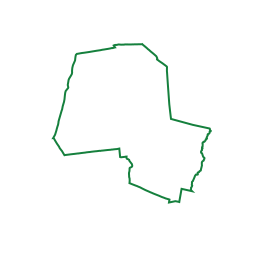 Slobozia Moara, Dâmbovita, Romania (Albers equal-area conic projection), rotated 57°
{"feature_id": "2599482B79511896653276", "entity_name": "Slobozia Moara", "entity_type": "district", "adm_level": 2, "iso_a3": "ROU", "parent_name": "Romania", "parent_adm1": "Dâmbovita", "projection": "albers", "projection_center": [25.731, 44.595], "detail": "fine", "context": "isolated", "style": "outline", "palette": "green", "viewbox_px": 256, "rotation_deg": 57, "n_neighbors": 0, "source": "geoboundaries", "source_scale": "gbopen_adm2", "svg_char_len": 4941}
<svg xmlns="http://www.w3.org/2000/svg" viewBox="0 0 256 256"><g transform="rotate(57 128 128)"><path d="M95.7,196.2L95.8,196.0L96.3,195.8L97.3,195.9L99.3,196.0L102.4,196.1L106.1,196.0L107.3,196.2L108.3,196.2L109.4,196.1L110.8,196.0L111.4,195.9L112.8,196.0L115.7,196.1L116.2,196.1L116.3,195.8L116.4,195.5L118.2,191.8L118.3,191.6L118.8,190.5L119.1,189.9L120.7,186.7L122.0,184.0L122.3,183.5L122.3,183.4L122.5,183.1L123.0,182.0L123.9,180.1L125.1,177.7L125.3,177.3L125.8,176.1L125.9,175.9L127.0,173.7L127.2,173.4L128.1,171.4L128.5,170.6L128.9,169.8L129.9,167.8L130.5,166.7L131.1,165.4L131.7,164.2L132.2,163.5L132.3,163.2L132.4,162.9L133.2,161.4L133.8,160.2L134.6,158.6L135.5,156.8L136.0,155.9L136.1,155.7L136.8,154.4L137.3,153.2L137.8,152.4L138.0,151.9L138.1,151.7L138.8,150.3L139.3,149.4L139.6,148.8L139.7,148.6L139.8,148.3L139.9,148.1L140.5,146.5L148.0,150.4L148.3,150.1L148.7,149.9L150.7,145.9L150.8,145.7L150.8,145.4L150.9,145.2L151.1,145.1L151.2,144.9L151.3,145.0L151.5,145.0L152.2,145.5L152.9,145.7L153.2,145.6L153.6,145.5L154.1,145.0L154.4,144.8L154.9,144.6L155.1,144.5L155.3,144.4L155.5,144.5L155.9,144.6L156.2,144.7L156.7,144.7L159.1,144.5L159.9,144.4L160.4,144.4L161.0,144.6L161.8,144.9L162.2,145.3L162.4,145.4L162.6,145.9L162.6,146.6L162.5,147.3L162.4,147.8L162.4,148.2L162.5,148.4L163.0,148.9L164.1,149.6L165.2,150.5L165.5,150.9L166.2,151.6L166.5,151.8L166.9,152.1L168.2,152.8L169.0,153.3L169.7,153.7L170.2,153.9L171.0,154.1L171.8,154.5L172.4,154.9L173.0,155.2L173.5,155.6L174.7,156.5L175.1,156.8L175.8,156.2L176.5,155.8L179.0,154.0L180.8,152.7L181.4,152.2L182.8,151.3L184.5,150.1L186.5,149.0L189.7,147.1L192.4,145.3L194.6,143.9L194.9,143.6L195.9,143.0L197.8,141.7L201.7,138.9L204.3,137.2L206.1,135.8L207.7,134.7L208.3,134.1L209.1,133.5L209.9,132.7L210.6,132.2L212.8,134.2L213.4,132.7L215.1,128.3L215.3,128.0L217.2,126.0L218.0,125.3L217.9,125.2L217.4,124.8L217.3,124.7L208.2,116.2L215.9,108.7L215.0,108.9L214.3,108.9L213.9,108.9L213.6,108.5L212.9,107.9L212.5,107.6L212.3,107.5L212.2,107.0L212.0,106.5L211.6,105.9L211.2,105.5L210.7,105.6L210.4,105.5L210.2,105.2L209.7,104.8L208.8,104.2L208.3,103.9L208.0,103.5L207.9,103.1L207.8,102.4L207.5,102.1L207.1,101.4L206.3,100.2L205.2,98.6L204.7,98.0L204.2,96.8L204.1,96.4L204.3,96.2L204.9,95.2L205.0,94.9L204.9,94.7L204.7,94.5L204.2,94.5L203.8,94.3L203.6,94.1L203.5,93.9L203.4,93.6L203.4,93.2L203.6,92.7L203.6,92.2L203.2,91.6L203.2,91.2L203.2,90.9L203.3,90.5L203.3,90.2L203.2,90.0L202.9,89.8L202.1,89.0L201.1,87.9L199.6,86.3L199.1,86.1L198.1,85.5L197.2,84.9L196.8,84.4L196.5,83.6L196.5,82.9L196.5,82.2L196.3,82.0L195.7,81.5L195.5,80.8L195.1,80.4L194.7,80.2L194.0,80.4L193.0,80.6L192.6,80.5L191.4,80.2L189.6,79.7L188.8,80.1L188.5,80.1L188.1,79.9L187.6,79.6L187.4,79.3L187.0,78.6L186.9,78.0L186.7,77.8L186.3,77.7L186.0,77.6L185.8,77.4L185.8,77.1L185.8,76.9L185.7,76.7L185.4,76.7L184.9,76.7L184.6,76.5L184.4,76.3L184.5,76.0L184.5,75.8L183.4,75.0L182.6,74.4L181.3,73.8L181.1,73.6L181.1,73.1L181.0,72.7L180.7,72.4L180.7,72.0L181.1,71.6L181.1,71.3L180.9,70.8L180.8,70.2L180.6,69.7L180.3,69.3L179.9,69.1L179.8,68.9L179.8,68.7L180.0,68.3L180.0,67.9L179.8,67.6L179.7,67.4L179.4,67.3L178.9,67.3L178.7,67.1L178.5,66.7L178.2,66.1L177.9,65.8L177.7,65.3L177.6,65.1L177.2,64.9L176.9,64.8L176.7,64.5L176.7,64.2L176.7,63.9L176.9,63.4L176.8,62.7L176.5,62.3L176.3,62.0L176.0,61.8L175.7,61.6L175.4,61.4L175.4,61.1L175.6,60.5L175.7,60.4L175.6,60.2L175.4,60.1L174.9,60.3L174.5,60.3L174.0,60.2L173.9,60.1L173.2,59.8L172.9,59.8L160.7,71.9L143.8,87.0L136.5,83.4L130.5,80.4L112.0,70.2L102.5,64.9L101.5,64.4L99.4,63.0L98.1,62.1L97.6,62.0L96.1,62.5L92.1,64.0L90.5,64.7L88.8,65.4L87.6,65.8L86.7,66.2L86.4,66.3L86.2,66.3L86.0,66.2L85.7,65.8L85.5,65.5L84.3,65.3L83.5,65.2L83.1,65.2L82.8,65.3L82.1,65.5L81.7,65.6L80.6,65.9L78.6,66.5L76.8,67.1L75.8,67.4L73.8,67.9L72.5,68.4L71.9,68.5L71.1,68.7L70.8,68.8L70.6,68.9L70.3,68.9L70.0,69.0L69.8,69.1L69.6,69.2L69.3,69.3L69.0,69.3L68.2,69.6L66.3,70.2L65.4,70.4L65.4,70.6L64.6,71.9L64.1,72.6L63.6,73.4L62.9,74.6L62.2,75.7L61.2,77.3L59.8,79.6L58.7,81.4L57.5,83.1L57.4,83.4L56.9,84.0L56.3,85.0L56.1,85.3L55.9,86.0L55.6,86.4L54.9,87.5L54.2,88.6L53.8,89.1L53.7,89.3L53.0,90.1L52.7,90.7L52.6,91.0L52.2,92.1L52.1,92.4L51.6,93.1L51.4,93.4L51.3,93.7L51.1,94.4L51.0,95.0L53.0,95.0L53.3,95.0L53.2,95.2L53.1,95.4L53.1,95.7L53.0,96.2L52.6,97.2L52.6,97.3L52.4,97.4L51.4,100.1L50.6,102.0L49.8,103.8L49.2,105.2L48.4,106.9L47.7,108.8L46.0,112.5L44.0,117.1L43.1,119.2L40.9,124.0L40.2,125.4L39.5,127.0L39.1,128.0L38.3,129.9L38.0,130.5L38.3,131.9L39.6,133.2L40.9,134.3L42.5,135.6L43.7,137.4L45.4,140.0L47.3,142.0L49.7,143.9L51.1,144.7L52.2,145.8L53.1,147.5L54.0,149.4L54.6,150.6L55.4,151.7L57.5,153.6L59.1,155.1L60.5,155.6L61.6,156.1L62.0,156.8L62.3,157.9L63.1,160.2L64.3,161.5L66.3,163.2L69.3,165.6L71.2,167.4L74.2,170.9L76.5,173.1L77.3,174.2L83.7,181.6L84.8,182.8L85.6,183.4L87.2,184.9L88.2,186.2L90.2,188.5L90.9,189.2L93.9,192.8L95.7,196.2Z" fill="none" stroke="#15803d" stroke-width="2"/></g></svg>